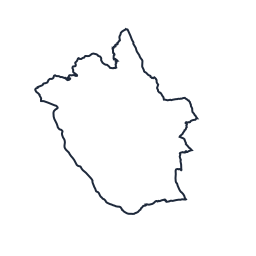 outline of Oiba, Santander, Colombia, rotated 137°
{"feature_id": "7082276B26370830430673", "entity_name": "Oiba", "entity_type": "district", "adm_level": 2, "iso_a3": "COL", "parent_name": "Colombia", "parent_adm1": "Santander", "projection": "robinson", "projection_center": [-73.296, 6.231], "detail": "fine", "context": "isolated", "style": "outline", "palette": "slate", "viewbox_px": 256, "rotation_deg": 137, "n_neighbors": 0, "source": "geoboundaries", "source_scale": "gbopen_adm2", "svg_char_len": 5746}
<svg xmlns="http://www.w3.org/2000/svg" viewBox="0 0 256 256"><g transform="rotate(137 128 128)"><path d="M172.1,60.3L170.0,60.6L168.0,59.3L167.1,59.3L167.1,59.9L166.2,59.3L165.6,58.3L164.8,57.5L162.2,56.0L160.7,55.6L157.9,55.6L157.1,55.3L156.6,54.8L156.6,54.2L155.9,53.8L155.3,53.8L154.7,52.9L152.8,52.2L151.5,51.5L151.0,51.3L150.7,50.9L150.6,50.3L150.3,50.2L150.0,50.5L149.8,50.5L149.7,50.2L149.7,49.0L150.2,48.5L150.3,48.2L150.2,47.8L149.8,47.5L148.0,46.3L146.4,45.7L146.1,45.5L145.4,44.6L145.0,44.2L141.9,42.4L139.7,40.9L138.4,39.6L137.8,39.4L137.0,38.9L134.8,36.5L134.3,36.3L134.1,38.1L133.1,40.1L132.7,42.1L132.7,44.5L132.9,45.0L132.8,46.3L132.4,48.0L131.0,52.0L130.0,53.9L130.0,55.3L129.5,56.4L127.5,58.9L124.6,61.6L122.4,64.2L121.6,64.7L121.1,64.9L120.3,64.6L119.5,64.0L119.1,63.2L118.5,63.0L118.1,62.5L117.9,60.9L117.5,60.9L116.9,61.8L114.1,65.0L112.3,67.9L111.5,68.6L111.2,68.6L111.0,68.9L110.8,69.6L109.7,71.8L107.9,72.9L107.4,74.1L107.1,74.2L106.3,74.0L104.4,73.0L104.4,72.7L103.2,71.3L103.0,71.2L102.5,71.6L101.7,71.6L101.4,71.5L101.5,70.4L101.0,70.0L99.5,69.7L97.1,68.7L96.5,68.3L96.5,70.7L96.8,71.8L96.8,72.7L96.6,73.4L96.7,73.9L96.6,74.9L96.7,75.9L96.5,76.4L96.6,76.8L96.3,77.0L96.0,77.6L95.8,77.7L95.4,79.1L95.1,79.6L95.0,80.2L94.4,81.1L94.5,82.5L96.3,86.3L95.6,86.6L92.0,86.5L90.9,87.0L88.9,87.3L88.3,87.8L87.3,87.6L86.6,87.7L85.8,88.3L84.4,88.6L83.8,89.9L82.6,90.3L82.4,90.9L82.5,93.2L82.2,92.7L81.4,92.5L81.1,92.1L80.8,91.3L79.8,91.0L79.1,90.2L78.6,90.0L77.6,90.3L76.9,90.2L75.5,89.7L74.0,88.8L73.1,88.1L71.3,88.4L70.8,87.9L70.5,90.4L70.2,91.0L70.4,91.8L70.3,92.5L70.0,93.3L69.9,95.8L69.2,96.8L67.7,98.6L67.0,101.1L65.9,102.5L65.9,103.2L65.0,104.8L65.1,105.9L64.8,106.7L65.3,107.4L65.4,109.1L65.8,110.0L65.9,111.3L67.3,112.3L68.7,112.8L69.6,113.7L70.2,113.9L71.3,115.1L72.4,115.6L73.4,116.5L75.9,118.1L77.4,118.9L77.8,119.8L80.1,121.2L81.6,123.5L82.4,124.3L81.1,126.3L81.0,127.6L80.3,130.7L80.3,131.8L80.8,132.3L80.9,132.8L80.8,134.5L80.0,135.6L79.7,137.0L79.4,137.5L76.4,139.1L76.0,141.5L75.6,142.2L74.4,143.6L74.3,144.5L74.1,144.8L74.1,146.4L74.2,147.1L75.6,147.3L75.7,147.9L76.4,148.3L76.4,149.2L76.7,149.8L76.1,150.9L77.0,152.9L77.0,154.0L77.1,154.5L77.0,155.1L77.2,156.8L77.6,157.5L77.6,158.4L76.8,159.9L75.8,163.1L75.1,163.9L71.7,167.2L71.3,168.2L71.1,170.4L70.7,172.2L70.1,173.5L69.4,177.7L69.0,178.8L67.7,181.3L66.7,185.9L66.4,186.3L65.8,186.7L65.6,187.1L65.0,189.7L63.3,193.9L61.3,199.8L61.2,200.4L61.9,201.1L62.1,201.9L63.0,201.8L64.4,202.2L66.5,202.6L68.3,202.5L69.7,201.5L71.7,200.8L72.6,200.0L72.9,199.4L73.4,198.9L73.9,197.9L74.2,197.6L75.8,197.7L77.0,197.2L77.9,197.4L78.4,196.5L78.8,196.5L80.0,197.3L81.0,197.3L81.2,197.0L81.2,196.4L81.5,196.2L82.3,196.5L82.6,196.9L83.0,197.1L83.7,196.8L83.9,196.4L84.2,196.3L84.5,196.7L85.0,196.6L85.0,196.4L84.8,196.2L85.1,196.1L85.1,196.5L85.4,196.2L85.8,195.2L87.3,193.6L87.4,193.3L87.7,193.0L87.7,192.1L87.4,191.8L87.8,190.9L88.1,190.7L88.7,190.8L89.2,190.6L91.2,188.6L91.3,188.3L90.7,188.0L90.2,187.1L90.3,186.9L90.6,186.9L90.2,186.5L89.9,185.5L89.9,185.3L90.4,185.3L90.1,184.9L90.0,184.3L90.6,184.6L91.9,184.6L91.9,183.7L92.8,183.2L93.4,183.2L93.8,182.9L94.4,181.8L95.4,181.0L95.3,180.4L95.4,180.2L96.6,180.6L97.2,181.4L97.8,181.8L98.1,181.8L100.1,184.2L100.1,184.7L99.9,185.5L100.2,188.4L101.2,189.6L101.7,190.8L102.1,193.1L101.4,195.9L100.1,197.2L99.8,197.9L99.7,199.4L100.6,201.0L100.6,201.8L100.4,202.2L100.9,203.6L102.6,206.1L103.9,206.8L107.1,207.1L108.2,207.8L109.9,209.6L110.4,209.8L111.5,209.6L112.0,209.4L113.3,210.1L115.2,210.4L116.4,211.7L116.4,212.7L116.7,212.8L117.3,212.9L118.2,212.4L119.9,211.8L121.9,211.8L122.3,211.5L122.8,210.3L123.2,209.7L123.9,209.2L124.4,209.2L126.3,210.5L127.0,210.3L127.7,209.8L127.9,209.5L128.2,208.3L128.6,207.7L129.4,207.0L129.9,206.2L129.9,205.3L129.6,204.2L129.2,201.8L129.3,201.3L129.9,201.0L130.5,201.7L130.8,201.9L131.3,203.3L131.9,204.0L133.4,205.0L134.4,206.2L134.8,206.4L135.3,206.5L136.6,205.7L137.9,206.0L138.1,205.9L138.2,205.5L138.0,205.0L136.6,203.9L136.5,203.7L136.8,203.4L138.0,203.4L139.4,204.1L139.8,205.2L139.8,206.4L139.6,207.3L139.7,207.6L140.5,207.9L140.8,208.9L141.3,209.7L141.4,210.1L141.7,210.5L142.6,211.2L143.2,213.0L143.7,213.6L144.7,214.5L145.2,215.3L145.3,216.1L145.8,216.5L146.4,216.6L146.8,216.5L148.3,215.6L149.4,215.6L150.3,215.9L150.6,216.3L151.7,217.2L153.4,217.3L155.9,216.3L157.9,217.1L158.4,217.5L159.5,218.1L160.0,218.1L160.4,217.8L161.2,217.7L162.1,217.9L166.1,219.5L166.3,219.0L166.6,219.0L168.4,219.7L169.2,219.6L169.8,219.2L170.3,217.6L170.4,216.7L170.0,214.5L170.0,212.6L170.4,212.4L171.2,209.2L171.5,208.7L172.5,207.9L173.2,207.0L171.3,205.1L169.3,201.3L166.2,194.6L165.5,193.5L165.3,192.8L165.4,191.1L166.0,190.6L167.4,190.7L168.2,191.0L170.5,190.9L171.5,190.4L172.3,189.8L174.6,187.0L175.7,184.9L177.2,179.8L178.3,177.3L178.7,176.8L179.0,175.4L179.0,173.8L178.1,172.2L178.0,170.7L178.3,170.1L180.0,169.1L180.9,167.9L181.9,165.6L182.4,163.1L182.8,162.2L183.3,161.4L184.1,160.4L186.4,158.5L187.2,157.6L187.6,157.0L187.9,156.2L188.2,154.5L188.0,150.4L188.5,148.5L188.8,146.4L188.9,143.6L189.2,141.2L190.6,136.1L190.6,135.5L190.3,134.2L189.1,132.3L189.2,131.3L189.6,130.1L189.8,128.0L189.3,123.9L189.4,115.9L189.8,113.8L190.4,113.3L191.2,112.1L192.9,107.8L193.4,105.9L194.4,103.7L194.4,103.1L193.7,101.5L193.7,100.3L194.6,97.5L194.8,96.2L194.6,95.3L194.7,93.5L194.1,92.2L194.1,91.8L194.0,90.3L194.4,89.2L194.3,87.7L193.1,84.7L192.2,83.2L191.7,81.9L190.7,80.2L190.3,79.1L189.2,77.6L187.9,76.2L187.5,75.2L187.7,73.4L187.8,73.0L188.2,72.4L188.2,72.1L187.9,71.5L188.0,70.1L187.8,69.1L187.0,66.5L186.6,65.7L186.0,64.8L184.0,62.9L183.1,61.9L181.9,61.0L180.5,60.8L179.8,60.3L177.8,59.8L175.9,60.0L174.5,59.8L173.2,60.4L172.1,60.3Z" fill="none" stroke="#1e293b" stroke-width="2"/></g></svg>